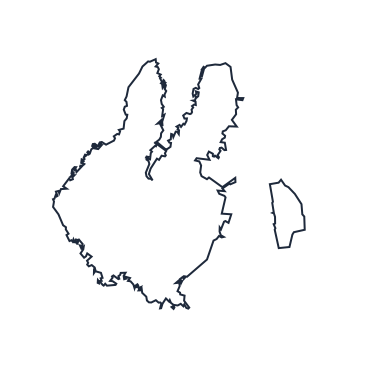 Tonoas, Federated States of Micronesia (orthographic projection), rotated 302°
{"feature_id": "79324940B80636387322037", "entity_name": "Tonoas", "entity_type": "district", "adm_level": 2, "iso_a3": "FSM", "parent_name": "Federated States of Micronesia", "parent_adm1": "", "projection": "orthographic", "projection_center": [151.879, 7.372], "detail": "fine", "context": "isolated", "style": "outline", "palette": "slate", "viewbox_px": 384, "rotation_deg": 302, "n_neighbors": 0, "source": "geoboundaries", "source_scale": "gbopen_adm2", "svg_char_len": 5947}
<svg xmlns="http://www.w3.org/2000/svg" viewBox="0 0 384 384"><g transform="rotate(302 192 192)"><path d="M79.6,169.6L79.1,175.7L79.9,176.3L81.6,174.2L83.7,175.0L85.6,174.4L88.3,178.4L84.6,178.5L82.1,180.7L83.3,181.8L83.2,180.0L84.6,179.5L86.2,185.0L82.7,184.9L83.7,187.2L82.5,191.3L79.9,194.3L82.4,193.6L84.8,194.6L84.4,195.6L82.2,195.6L83.3,196.7L82.3,197.6L84.1,198.9L80.3,198.9L81.2,200.3L83.5,200.4L80.1,203.2L79.0,208.7L76.1,211.3L75.6,213.9L76.7,216.0L81.1,218.7L80.5,222.3L81.5,223.6L81.2,225.1L76.4,226.6L77.1,227.4L81.6,226.2L87.9,226.3L86.9,230.7L88.5,230.5L86.8,232.9L86.5,236.2L88.2,240.0L91.2,241.7L90.5,245.2L92.5,245.0L90.7,248.6L91.1,250.6L92.5,250.9L95.6,242.9L100.2,240.6L98.9,236.3L100.3,235.2L100.2,232.3L105.8,231.4L108.3,229.2L106.2,226.5L110.0,227.7L109.2,229.8L111.7,227.9L116.3,229.7L117.5,232.7L142.7,240.5L162.2,236.0L165.2,237.8L169.0,238.2L169.2,241.2L170.7,242.7L170.6,239.3L173.0,236.4L176.6,234.3L175.7,236.4L183.8,234.9L185.0,235.6L185.2,239.3L193.9,237.1L189.4,228.7L205.2,223.3L205.9,221.5L204.9,216.1L206.8,213.0L210.0,219.2L211.1,215.9L218.9,219.3L218.8,220.4L223.4,223.6L226.9,221.2L212.2,215.2L213.3,198.7L210.8,197.9L210.5,191.7L212.9,188.6L219.3,185.7L221.8,182.0L220.4,177.9L223.1,178.0L228.6,189.8L231.4,185.3L235.2,184.9L235.5,189.4L233.4,190.7L233.7,192.0L235.0,192.2L234.6,196.5L235.8,196.4L236.8,194.2L242.0,194.4L242.6,192.6L244.1,192.3L245.3,193.6L244.7,197.3L245.7,198.6L251.2,193.7L249.5,189.9L252.7,189.6L255.5,191.0L257.2,190.3L257.7,186.8L259.7,186.0L262.3,187.9L267.3,188.5L271.2,195.3L274.3,187.6L281.3,188.2L285.0,185.6L288.2,186.3L289.3,183.8L293.9,180.2L296.6,186.1L298.8,185.7L295.6,180.4L300.6,178.3L308.6,166.5L318.5,158.4L319.0,152.1L314.7,148.6L312.4,144.1L307.0,137.8L302.9,136.9L294.2,139.5L300.7,135.7L292.1,138.4L292.8,139.9L286.5,140.2L284.0,143.1L282.6,142.7L282.3,140.0L280.2,138.7L275.8,140.4L273.7,142.5L277.7,143.7L279.4,142.0L280.1,144.9L276.5,146.5L274.6,145.9L275.0,144.8L271.5,146.0L270.0,144.3L270.4,147.2L267.8,149.1L267.3,147.5L264.9,146.5L264.3,148.2L261.6,148.0L259.8,149.7L258.2,149.8L257.0,149.0L256.1,145.4L252.2,144.0L250.3,146.7L251.7,148.7L249.3,149.7L245.3,150.0L245.3,148.5L241.4,148.2L242.3,145.9L239.3,144.3L239.2,146.4L237.5,146.6L237.5,148.3L234.1,150.1L235.3,147.4L234.6,146.2L228.6,147.1L230.5,144.9L230.2,143.6L225.4,146.1L222.9,144.5L221.9,146.7L222.5,148.2L218.9,149.8L215.0,148.1L214.3,146.4L215.8,135.3L219.1,136.5L222.2,136.4L225.4,134.7L229.1,135.0L232.6,129.2L233.0,127.9L231.7,126.5L236.2,127.7L233.9,129.0L232.3,132.1L235.7,129.5L242.9,127.6L240.7,126.4L247.0,123.6L247.3,121.9L249.3,122.9L250.6,119.7L253.5,117.0L258.4,116.0L258.5,118.3L259.9,117.1L264.0,116.6L264.8,114.4L268.7,113.3L269.1,112.6L264.7,112.0L267.8,109.4L267.8,108.1L270.1,108.6L269.6,107.9L271.5,104.6L272.4,105.0L272.8,102.9L275.0,103.2L274.5,99.6L278.6,98.8L279.8,96.8L279.2,94.7L283.1,95.3L282.8,92.8L285.4,90.8L280.2,87.3L279.5,85.6L272.2,83.5L264.3,84.3L247.2,82.6L238.3,85.9L234.3,86.3L233.7,88.7L230.6,91.2L228.7,89.8L225.7,90.5L222.5,94.8L223.2,96.2L219.8,97.6L216.3,97.1L209.5,100.4L205.9,97.1L205.2,98.9L202.2,99.6L201.6,97.8L197.8,96.2L196.8,98.2L194.3,98.6L186.6,94.0L186.6,89.0L185.2,87.5L184.1,87.6L185.4,89.2L182.3,89.2L183.6,90.5L178.7,89.7L176.7,84.7L174.8,84.0L170.3,85.0L169.0,84.5L169.2,83.7L164.0,81.9L163.0,83.4L161.6,82.9L160.6,83.9L159.5,83.2L161.6,82.1L161.3,81.1L158.0,82.6L158.6,85.7L147.6,83.5L150.1,80.9L147.3,80.4L151.6,80.5L150.9,79.2L147.5,78.5L143.3,80.2L145.8,80.3L145.9,81.3L143.9,82.3L142.5,81.7L143.8,83.4L141.1,82.8L139.7,84.2L137.4,82.5L138.5,80.6L128.6,79.7L128.4,84.0L125.0,79.3L120.6,80.1L122.2,78.3L120.2,76.4L117.4,80.0L116.4,79.5L116.9,78.1L113.3,78.9L112.2,78.0L110.8,80.0L105.7,82.1L102.3,90.6L95.5,100.3L95.3,103.8L93.4,104.8L91.2,109.4L89.0,108.4L85.5,114.1L87.2,115.3L86.6,117.2L89.0,116.6L87.5,118.7L86.8,117.8L87.7,120.7L88.6,118.9L90.2,118.7L90.8,120.6L88.8,121.1L91.7,121.4L89.9,126.9L88.1,127.4L87.3,125.3L85.4,128.2L88.3,129.1L85.7,130.2L80.8,130.0L79.1,135.3L81.3,136.2L84.4,135.7L84.0,141.1L78.1,139.4L76.9,141.5L74.9,141.6L74.3,143.9L76.9,145.7L76.4,149.5L73.7,152.4L75.2,157.6L71.8,161.6L70.4,160.3L68.8,162.4L67.5,160.8L65.8,165.6L65.8,166.7L68.2,167.0L67.5,169.5L72.7,176.4L74.1,176.4L74.3,171.9L73.2,169.7L77.3,170.1L78.0,168.9L79.6,169.6ZM214.2,133.6L213.2,148.4L210.5,148.5L209.1,150.4L207.9,150.2L206.7,147.0L201.8,147.0L201.7,144.6L190.0,144.5L184.4,145.9L181.0,152.4L181.4,150.1L180.3,148.0L181.3,145.0L183.9,142.6L193.1,141.0L195.2,138.8L195.4,136.3L196.8,136.3L196.7,134.8L198.0,134.7L198.6,136.3L197.0,136.5L197.5,139.1L203.2,136.4L205.0,136.7L205.4,134.5L211.5,136.2L211.7,137.2L213.6,136.7L214.2,133.6ZM209.1,299.7L211.9,299.7L219.7,307.6L230.7,300.2L231.5,297.4L239.7,291.3L244.9,280.2L247.2,271.2L246.8,267.5L249.6,261.0L245.8,260.5L239.9,253.9L226.6,265.8L225.3,265.8L218.1,272.1L217.0,271.4L217.3,272.8L214.9,275.6L209.3,279.2L208.0,278.3L205.5,281.9L203.9,282.1L190.4,295.3L197.0,303.8L209.1,299.7ZM85.7,236.7L83.6,235.6L83.1,238.3L84.7,238.3L85.7,236.7ZM181.4,84.0L180.1,82.5L178.8,82.8L181.2,85.9L181.4,84.0ZM302.1,136.5L304.3,136.1L304.3,135.5L301.6,135.4L302.1,136.5ZM67.4,158.9L65.0,160.2L65.2,161.5L67.0,160.0L67.4,158.9ZM179.1,86.1L180.1,85.5L177.9,84.1L177.7,85.2L179.1,86.1ZM114.7,229.7L113.8,231.1L115.6,231.4L114.7,229.7ZM170.1,83.9L171.2,83.5L171.4,82.4L170.3,82.2L170.1,83.9ZM166.1,82.5L167.8,81.4L165.5,81.7L166.1,82.5ZM156.2,84.9L155.2,83.4L154.3,83.6L154.1,83.9L156.2,84.9ZM111.3,229.9L109.6,230.3L109.4,231.0L111.4,230.8L111.3,229.9ZM73.5,150.5L71.3,151.8L73.0,151.9L73.5,150.5ZM270.0,109.9L271.7,109.4L271.8,108.6L270.3,109.1L270.0,109.9ZM87.8,121.4L86.7,122.5L88.7,121.9L87.8,121.4ZM141.9,81.8L142.8,80.9L141.1,81.3L141.9,81.8ZM181.8,88.4L183.0,87.7L181.5,88.2L181.8,88.4ZM267.6,111.7L268.7,112.0L268.8,111.2L267.6,111.7ZM179.8,87.1L181.0,86.6L179.7,86.5L179.8,87.1ZM270.2,110.6L270.7,111.1L270.8,110.6L270.2,110.6Z" fill="none" stroke="#1e293b" stroke-width="2"/></g></svg>